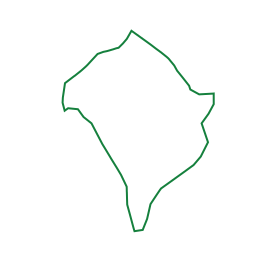 outline of Ivo, Ebonyi, Nigeria, rotated 211°
{"feature_id": "59680162B35701990596564", "entity_name": "Ivo", "entity_type": "district", "adm_level": 2, "iso_a3": "NGA", "parent_name": "Nigeria", "parent_adm1": "Ebonyi", "projection": "equal_earth", "projection_center": [7.611, 5.914], "detail": "fine", "context": "isolated", "style": "outline", "palette": "green", "viewbox_px": 256, "rotation_deg": 211, "n_neighbors": 0, "source": "geoboundaries", "source_scale": "gbopen_adm2", "svg_char_len": 1195}
<svg xmlns="http://www.w3.org/2000/svg" viewBox="0 0 256 256"><g transform="rotate(211 128 128)"><path d="M69.3,42.9L62.9,48.2L64.8,59.9L67.3,67.6L69.5,74.3L69.4,77.2L69.3,78.8L69.3,79.5L69.0,85.9L68.7,91.5L68.6,92.0L68.6,93.0L60.4,112.0L57.6,118.5L52.7,130.1L50.9,141.0L52.1,157.0L67.3,169.9L66.3,181.7L66.8,192.6L72.3,201.7L72.8,201.3L73.1,201.1L75.9,199.2L84.3,193.5L91.5,193.2L94.4,193.1L97.4,195.7L106.9,199.3L109.6,200.3L115.4,202.4L120.6,205.4L125.1,207.0L126.0,207.3L128.4,208.2L128.8,208.3L129.5,208.5L130.0,208.6L130.7,208.7L131.0,208.8L138.4,209.8L139.0,209.9L139.8,209.9L140.3,210.0L144.9,210.4L151.0,211.1L154.4,211.4L156.7,211.6L175.1,213.1L174.9,203.8L175.9,197.8L177.4,191.9L179.0,190.4L181.5,187.5L181.9,187.1L184.0,184.8L185.6,183.1L188.3,180.6L189.2,179.5L192.2,175.8L195.3,160.9L195.8,159.0L196.6,156.4L197.6,153.2L200.5,145.4L200.9,144.6L203.6,137.8L204.3,136.0L205.1,134.0L199.5,120.5L197.1,116.0L191.2,110.2L189.5,114.1L180.6,118.3L171.7,114.5L161.7,113.2L141.7,101.0L137.3,98.7L128.8,94.2L126.4,92.9L116.9,88.0L109.8,84.2L98.9,77.0L97.6,75.0L96.5,73.2L95.8,72.2L92.3,66.7L89.2,61.9L82.5,55.5L71.5,44.9L69.3,42.9Z" fill="none" stroke="#15803d" stroke-width="2"/></g></svg>